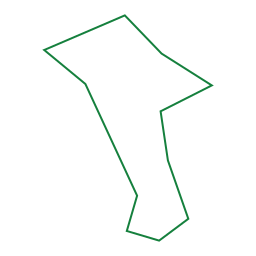 outline of Mariehamn
{"feature_id": "ALD-4817", "entity_name": "Mariehamn", "entity_type": "state/province", "adm_level": 1, "iso_a3": "ALA", "parent_name": "Aland", "parent_adm1": "", "projection": "equal_earth", "projection_center": [19.945, 60.079], "detail": "fine", "context": "isolated", "style": "outline", "palette": "green", "viewbox_px": 256, "rotation_deg": 0, "n_neighbors": 0, "source": "natural_earth", "source_scale": "10m", "svg_char_len": 263}
<svg xmlns="http://www.w3.org/2000/svg" viewBox="0 0 256 256"><path d="M211.8,85.4L160.6,111.3L167.9,160.4L188.3,218.8L159.1,240.6L126.8,231.0L137.1,195.7L85.4,84.0L44.2,50.0L124.8,15.4L161.6,53.6L211.8,85.4Z" fill="none" stroke="#15803d" stroke-width="2"/></svg>